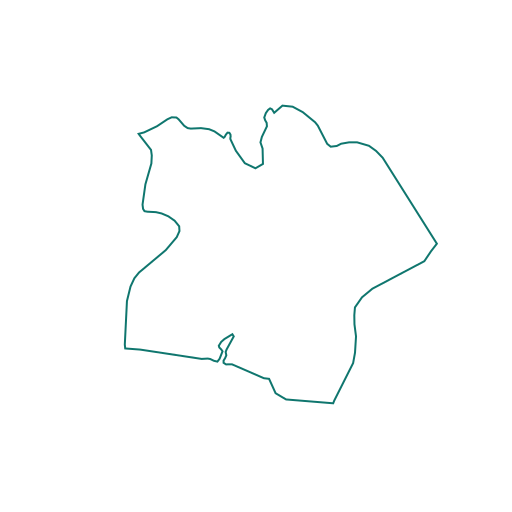 an SVG outline of Quảng Trị, rotated 148°
{"feature_id": "VNM-489", "entity_name": "Quảng Trị", "entity_type": "Province", "adm_level": 1, "iso_a3": "VNM", "parent_name": "Vietnam", "parent_adm1": "", "projection": "orthographic", "projection_center": [106.962, 16.727], "detail": "fine", "context": "isolated", "style": "outline", "palette": "teal", "viewbox_px": 512, "rotation_deg": 148, "n_neighbors": 0, "source": "natural_earth", "source_scale": "10m", "svg_char_len": 1577}
<svg xmlns="http://www.w3.org/2000/svg" viewBox="0 0 512 512"><g transform="rotate(148 256 256)"><path d="M153.9,369.5L145.8,363.2L140.1,353.2L135.0,338.1L134.5,333.8L136.2,313.4L134.7,309.1L129.2,306.5L124.3,306.1L116.9,303.1L110.0,298.8L101.8,289.6L98.5,281.5L96.5,272.2L96.1,170.6L105.0,167.3L116.0,162.4L174.6,166.6L188.0,164.8L199.3,160.0L204.0,153.7L208.7,145.9L213.8,134.8L223.3,121.5L230.4,113.7L266.3,91.9L268.6,90.2L306.5,118.4L312.1,129.2L310.0,144.9L314.1,148.2L333.8,176.9L338.9,180.0L340.1,182.6L338.9,184.5L336.4,185.7L333.8,187.5L332.6,190.7L330.5,192.3L317.5,199.6L317.5,202.2L326.8,202.3L331.0,201.6L335.1,199.6L335.6,197.9L335.0,195.2L334.9,192.9L341.4,188.1L344.7,186.9L347.2,189.4L349.4,192.9L351.3,194.6L356.6,197.5L403.8,238.0L415.9,246.9L414.2,250.4L389.3,286.2L378.6,296.6L370.9,301.6L363.9,304.0L329.4,308.8L313.2,314.0L307.7,317.7L305.4,321.9L306.3,329.0L309.3,336.1L313.5,342.1L317.6,346.2L324.6,351.1L326.8,353.1L326.8,355.8L325.0,359.7L311.8,375.4L295.7,389.9L291.1,396.5L288.8,401.6L290.6,419.2L290.8,421.6L290.8,421.8L285.4,420.1L271.2,418.5L258.7,418.9L254.0,418.3L250.1,415.6L249.2,413.0L247.9,404.5L246.2,400.7L243.8,398.6L234.9,393.6L228.6,388.4L225.2,383.7L220.8,373.4L219.5,373.6L217.2,374.9L214.8,375.7L213.3,374.6L213.3,372.5L214.2,370.8L215.3,369.6L215.8,368.6L217.3,355.9L216.3,340.6L210.0,330.7L201.3,330.4L193.5,343.6L192.0,350.0L187.9,353.9L178.0,360.2L176.4,363.3L176.3,366.3L175.6,369.1L175.2,369.4L171.9,372.0L168.3,373.5L165.8,373.7L164.7,371.9L164.7,367.8L153.9,369.5Z" fill="none" stroke="#0f766e" stroke-width="2"/></g></svg>